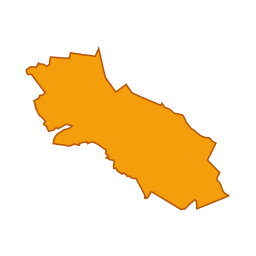 the district of Targusor, Constanta, Romania, rotated 185°
{"feature_id": "2599482B96571598729661", "entity_name": "Targusor", "entity_type": "district", "adm_level": 2, "iso_a3": "ROU", "parent_name": "Romania", "parent_adm1": "Constanta", "projection": "orthographic", "projection_center": [28.424, 44.465], "detail": "fine", "context": "isolated", "style": "filled", "palette": "amber", "viewbox_px": 256, "rotation_deg": 185, "n_neighbors": 0, "source": "geoboundaries", "source_scale": "gbopen_adm2", "svg_char_len": 5401}
<svg xmlns="http://www.w3.org/2000/svg" viewBox="0 0 256 256"><g transform="rotate(185 128 128)"><path d="M201.2,105.8L200.9,105.8L200.7,106.0L199.9,105.9L199.5,106.0L198.5,105.9L197.5,105.6L197.3,105.7L196.0,105.6L195.4,105.6L193.5,105.5L192.5,105.4L191.3,105.5L190.7,105.6L189.8,105.6L188.5,105.2L187.9,105.2L187.6,105.1L187.3,105.0L187.0,104.8L186.8,104.7L186.6,104.8L185.9,105.0L185.4,105.0L184.8,105.0L184.6,105.1L184.2,105.1L183.9,105.2L182.6,106.0L182.1,106.2L181.5,106.5L181.2,106.6L180.7,107.3L180.2,107.5L179.8,107.5L179.4,107.3L178.9,107.2L178.5,107.0L178.1,106.9L177.1,106.7L176.5,106.6L176.1,106.6L175.5,106.7L175.2,106.7L174.8,106.6L174.8,108.7L167.6,110.7L166.9,108.9L165.5,109.5L164.9,110.0L162.9,110.9L162.6,110.9L162.3,110.9L161.5,110.9L160.8,110.8L160.1,110.4L159.5,110.1L159.0,110.1L157.9,109.5L157.1,109.4L156.7,109.2L156.0,108.8L155.4,108.4L154.5,108.0L154.0,107.7L151.7,106.1L149.7,105.2L149.3,105.1L148.5,104.7L148.4,104.5L148.2,103.9L147.9,103.1L147.9,102.7L147.8,102.3L147.9,101.8L148.3,101.1L147.7,100.3L146.0,99.5L145.5,99.2L146.0,98.1L146.7,97.1L147.1,96.3L145.4,96.7L145.5,96.6L145.5,96.4L145.4,96.2L145.1,96.0L144.8,95.8L144.3,95.4L144.0,95.2L143.7,95.1L143.1,94.8L141.9,94.7L141.7,94.7L141.1,94.8L140.3,94.7L140.0,94.6L139.7,94.5L139.6,94.4L139.5,94.2L139.4,94.1L139.3,93.9L139.2,93.8L138.5,93.3L139.0,90.6L139.1,89.9L139.1,89.7L139.1,89.3L139.1,88.8L139.1,88.2L138.9,87.7L138.8,87.2L138.7,86.6L138.5,86.4L138.3,86.4L138.1,86.4L137.8,86.5L137.7,86.9L137.3,86.9L136.7,86.8L136.2,86.7L136.0,86.4L135.7,85.7L135.5,85.4L135.4,85.4L135.2,85.3L135.2,84.8L134.4,84.0L134.2,83.9L133.7,83.8L133.6,83.7L133.3,83.7L133.2,83.6L133.1,83.4L133.0,83.2L132.9,83.0L132.7,82.9L132.0,82.9L131.8,82.8L131.6,82.7L130.4,81.7L130.1,81.7L129.8,81.7L129.7,81.9L129.4,82.3L129.1,82.6L128.7,82.7L128.2,82.6L127.9,82.7L127.7,82.3L127.4,82.2L127.1,82.1L126.9,82.1L126.8,81.9L126.6,81.8L126.5,81.5L126.2,81.3L125.6,81.2L125.1,80.9L125.1,80.7L125.0,80.2L124.6,79.9L124.2,79.6L123.8,79.6L123.4,79.7L122.9,80.1L122.4,79.9L121.5,80.0L120.7,78.8L119.7,78.8L119.2,78.5L118.6,78.5L118.0,78.2L117.3,78.2L116.0,78.4L115.1,78.2L114.1,75.9L112.6,73.6L111.2,71.8L106.0,63.5L104.4,60.9L105.4,60.7L104.9,59.3L102.5,60.0L99.2,66.7L80.8,57.7L67.9,51.3L67.6,51.6L67.0,52.1L64.7,52.2L64.4,52.2L60.4,56.8L60.0,57.6L55.3,62.2L55.1,62.3L53.5,60.9L53.4,60.7L52.4,53.5L32.5,63.6L31.8,64.1L30.8,64.5L28.8,65.5L28.1,65.9L26.9,66.5L21.7,69.3L21.8,69.5L22.3,69.8L25.2,70.9L25.4,71.0L27.3,72.8L28.0,73.7L29.0,75.6L29.4,76.4L30.2,78.4L30.5,79.2L30.5,79.3L31.4,80.6L32.2,81.9L34.2,83.3L34.7,83.8L34.8,83.9L34.8,84.3L34.9,85.0L34.9,85.9L34.5,87.2L33.7,89.1L33.0,90.6L32.9,90.8L32.8,91.7L33.1,91.7L46.0,103.0L45.2,105.4L45.1,105.8L44.3,107.1L39.1,120.7L41.9,121.6L42.3,121.9L43.4,122.7L43.6,122.8L44.4,123.7L45.1,124.3L46.2,125.2L46.3,125.2L46.5,125.3L49.6,125.2L49.8,125.2L53.2,126.0L55.3,126.9L56.6,127.7L56.9,127.9L57.3,128.1L57.9,128.5L58.9,129.2L59.8,129.8L60.9,130.8L62.6,131.8L64.4,132.7L66.4,134.3L68.8,136.9L69.3,137.7L69.5,137.9L70.3,138.3L70.5,138.4L71.1,140.1L72.1,141.9L73.7,144.5L74.9,145.6L78.4,146.3L82.1,146.6L83.3,146.8L83.6,147.0L85.7,148.7L87.2,149.7L87.6,150.0L87.9,150.2L89.9,151.0L92.2,151.4L92.4,151.5L93.9,152.5L94.0,152.6L94.7,153.8L95.0,154.1L96.1,155.4L96.3,155.6L97.2,153.4L117.6,160.0L122.3,161.7L122.6,161.7L125.8,162.8L127.3,163.9L129.1,165.6L133.7,171.3L141.5,164.3L143.1,163.0L143.4,162.8L147.0,167.1L152.4,173.3L155.0,176.4L158.6,187.3L164.1,204.7L164.3,204.0L166.9,196.6L167.1,196.5L171.8,196.9L175.7,197.1L176.8,197.2L177.2,197.2L177.5,197.0L178.1,197.0L179.0,196.8L180.1,196.8L180.5,196.8L180.9,197.0L181.3,197.3L183.1,197.4L184.8,197.5L185.9,197.5L187.5,197.6L191.3,197.9L191.5,197.9L191.8,197.8L192.6,192.4L194.2,192.4L196.4,192.1L205.5,192.0L206.0,192.0L209.0,192.0L211.5,192.0L211.9,184.1L212.3,184.1L213.2,183.2L213.7,182.8L214.3,182.3L214.8,182.5L215.2,182.8L217.4,183.8L218.8,184.2L221.4,184.1L222.8,184.9L224.3,181.3L224.5,180.9L224.7,180.6L225.1,180.4L225.6,180.4L226.2,180.5L226.8,180.4L227.7,180.6L228.8,180.6L229.5,180.5L230.1,180.3L230.5,180.2L231.0,180.1L231.5,179.9L231.9,179.4L232.9,178.3L233.5,177.8L233.8,177.6L234.4,176.9L234.2,176.5L234.1,176.1L234.0,175.7L233.8,175.0L233.6,174.3L233.3,173.7L232.9,173.1L232.5,172.8L232.2,172.7L231.7,172.6L231.3,172.6L231.0,172.7L230.3,172.8L228.8,173.0L228.1,172.2L224.1,167.6L217.8,160.6L213.8,156.3L213.7,156.3L214.0,155.4L214.4,154.8L214.8,154.5L215.3,154.1L215.8,153.7L216.8,153.0L217.9,153.0L218.4,153.0L218.6,152.9L218.8,152.6L219.1,152.1L218.8,150.5L219.2,150.4L222.8,147.6L224.1,146.8L222.9,144.0L222.7,143.7L222.3,142.9L222.6,142.7L221.2,138.9L218.5,134.4L216.6,132.2L215.1,131.5L210.5,127.2L211.9,125.9L212.4,125.4L211.9,123.8L209.5,122.6L206.9,118.0L206.8,117.9L206.6,118.0L204.8,118.6L203.8,118.7L202.1,119.4L201.5,119.9L199.5,122.0L199.2,122.0L198.8,121.9L198.0,121.3L197.8,121.3L196.6,122.0L194.4,123.2L192.4,124.9L191.9,125.2L191.0,125.6L189.9,125.9L188.9,126.3L188.5,126.4L187.0,125.7L186.9,125.7L186.5,125.8L186.3,125.8L185.9,125.8L183.6,125.1L183.7,124.9L185.2,123.7L185.9,123.1L186.2,122.9L186.5,122.7L187.3,122.3L188.9,121.6L190.5,121.1L191.3,120.7L191.6,120.6L192.1,120.2L193.4,119.2L196.1,117.1L197.6,116.0L198.0,115.7L198.4,115.1L198.8,114.6L199.0,114.2L199.5,113.3L200.3,111.7L200.6,110.9L200.7,110.6L200.8,110.4L200.9,109.5L201.1,106.5L201.2,105.8Z" fill="#f59e0b" stroke="#b45309" stroke-width="1.5"/></g></svg>